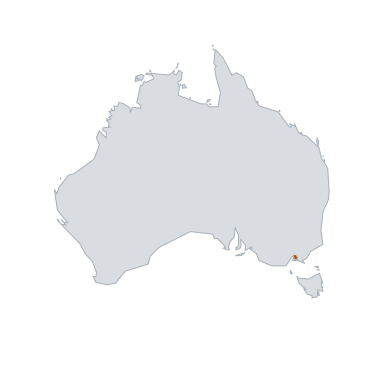 Casey, Victoria, Australia shown in context, rotated 344°
{"feature_id": "25037944B44962811090312", "entity_name": "Casey", "entity_type": "district", "adm_level": 2, "iso_a3": "AUS", "parent_name": "Australia", "parent_adm1": "Victoria", "projection": "natural_earth1", "projection_center": [145.344, -38.095], "detail": "fine", "context": "in_parent", "style": "filled", "palette": "amber", "viewbox_px": 384, "rotation_deg": 344, "n_neighbors": 0, "source": "geoboundaries", "source_scale": "gbopen_adm2", "svg_char_len": 4154}
<svg xmlns="http://www.w3.org/2000/svg" viewBox="0 0 384 384"><g transform="rotate(344 192 192)"><path d="M258.7,71.4L262.7,90.7L267.6,89.7L273.2,95.5L274.2,107.3L277.5,111.4L278.3,122.4L280.7,128.1L296.9,138.7L303.3,156.1L305.1,157.0L305.4,153.9L308.9,157.1L309.5,155.5L310.9,164.4L313.0,167.0L317.6,169.8L326.3,184.7L325.8,194.7L329.0,206.7L324.0,229.1L320.8,237.2L312.8,246.5L305.3,264.7L303.4,278.4L290.0,281.7L283.4,287.6L279.3,288.1L280.4,291.4L274.0,286.5L274.9,285.4L274.5,284.2L273.3,284.1L271.1,286.3L269.6,285.0L272.2,282.9L270.7,281.4L262.0,288.8L248.3,285.1L237.5,276.1L237.0,269.1L231.9,262.7L234.0,262.9L234.0,261.0L226.8,262.9L228.9,258.2L225.9,251.2L223.5,259.1L218.2,259.9L219.0,257.3L221.5,257.3L224.8,246.5L223.7,238.3L220.2,246.9L215.0,250.1L211.6,255.2L212.2,257.8L210.1,257.5L206.6,254.6L208.7,254.6L207.0,249.5L203.6,243.8L200.8,243.1L200.2,238.1L179.4,229.6L145.1,236.1L134.4,241.9L130.0,249.2L106.0,249.7L93.6,258.4L84.7,257.9L74.3,251.9L73.7,245.9L76.2,246.9L78.0,243.3L77.1,231.2L72.3,222.0L69.9,210.5L57.0,186.5L61.6,189.0L58.5,181.7L60.6,186.0L64.0,187.3L57.6,172.3L60.5,151.6L61.6,156.5L65.1,151.1L78.2,141.7L83.0,142.2L107.2,133.2L116.0,121.1L115.1,113.2L119.8,107.6L124.2,116.3L126.2,111.4L123.4,108.0L124.2,105.8L132.2,107.3L129.7,106.4L131.2,103.0L129.7,99.9L134.0,99.5L132.4,97.2L136.0,96.9L134.7,93.6L137.7,89.9L138.0,92.1L140.4,91.9L140.6,87.7L144.1,89.2L146.4,85.8L150.2,88.1L155.5,93.9L154.7,98.6L158.1,94.1L165.4,97.1L166.9,94.6L163.6,91.0L171.9,75.2L173.6,76.2L176.5,72.3L177.5,74.0L186.3,72.7L186.0,68.9L180.1,66.1L181.0,65.1L202.3,73.3L208.5,70.3L207.0,73.4L209.6,75.1L212.7,71.4L215.6,74.5L212.3,81.6L208.6,82.3L208.9,87.3L205.5,95.3L224.9,109.8L230.1,111.3L231.8,114.8L240.5,117.2L246.6,104.6L246.9,86.2L247.9,79.3L250.0,77.7L248.4,74.6L253.6,61.3L258.7,71.4ZM269.6,303.7L279.8,307.7L292.0,305.2L292.7,316.1L291.9,314.1L290.7,316.5L290.3,323.6L286.0,320.7L283.3,327.3L278.0,326.8L279.1,324.9L274.5,321.8L272.7,316.2L274.7,317.2L269.9,309.5L269.6,303.7ZM170.1,65.2L176.2,65.2L178.1,67.2L174.1,71.1L170.1,65.2ZM216.1,265.2L226.5,264.9L222.1,266.7L216.1,265.2ZM214.1,86.3L215.4,90.2L211.5,89.6L212.1,86.8L214.1,86.3ZM325.8,183.0L325.6,178.4L327.1,174.7L327.7,177.4L325.8,183.0ZM289.2,297.3L292.6,298.2L292.7,299.7L289.2,297.3ZM169.5,66.4L171.7,70.2L167.8,70.0L169.5,66.4ZM265.9,298.0L264.0,297.6L265.0,294.9L265.9,298.0ZM234.8,108.2L233.0,109.4L231.1,110.0L232.0,107.8L234.8,108.2ZM56.9,185.4L55.3,183.2L55.0,181.2L55.3,181.1L56.9,185.4ZM291.9,301.2L293.2,302.2L290.7,301.4L291.9,301.2ZM312.2,165.0L313.6,165.0L313.6,166.9L312.2,165.0ZM278.8,122.2L280.5,123.4L280.2,124.1L278.8,122.2ZM285.9,324.6L286.0,326.4L284.8,325.8L285.9,324.6ZM328.0,196.4L328.0,198.9L327.9,198.8L328.0,196.4ZM185.6,65.0L184.6,64.0L185.3,63.4L185.6,65.0ZM214.1,65.2L212.6,67.2L214.3,63.8L214.1,65.2ZM328.2,193.4L327.5,194.2L328.0,193.3L328.2,193.4ZM216.6,101.3L215.8,101.7L216.3,100.7L216.6,101.3ZM211.1,86.2L210.0,86.4L210.6,85.2L211.1,86.2ZM69.6,141.8L69.3,143.4L68.9,143.3L69.6,141.8ZM251.8,60.4L251.8,61.7L251.4,60.8L251.8,60.4ZM273.3,284.8L273.6,285.6L273.2,285.4L273.3,284.8ZM212.2,67.8L210.2,69.1L212.3,67.4L212.2,67.8ZM134.7,91.7L134.0,92.6L134.5,91.6L134.7,91.7ZM286.6,323.3L286.0,323.7L286.3,323.0L286.6,323.3ZM234.0,112.9L232.9,112.8L233.4,112.0L234.0,112.9ZM130.8,98.8L130.3,99.3L130.2,98.1L130.8,98.8ZM291.6,319.6L290.7,320.1L290.9,319.1L291.6,319.6ZM252.5,56.7L252.4,57.6L251.8,57.2L252.5,56.7ZM272.8,285.9L273.7,286.7L272.2,286.5L272.8,285.9ZM298.9,138.6L298.2,138.7L298.5,137.6L298.9,138.6ZM304.8,153.8L304.4,153.8L304.7,153.0L304.8,153.8ZM270.0,302.4L269.8,303.1L269.6,302.2L270.0,302.4Z" fill="#d9dde1" stroke="#a8b0b8" stroke-width="1"/><path d="M273.9,282.0L273.7,282.0L273.5,281.9L273.5,282.0L273.3,281.9L273.2,281.9L272.9,281.7L272.9,281.8L272.9,282.0L273.0,282.2L273.0,282.4L273.0,282.5L272.9,282.9L272.9,283.3L272.8,283.8L272.9,284.0L273.0,284.0L273.3,284.2L273.5,284.2L273.6,283.9L273.7,284.0L273.8,284.0L274.0,284.0L274.2,283.9L273.9,283.8L274.0,283.4L273.9,283.2L274.0,283.2L273.9,283.0L273.9,282.9L273.8,282.7L273.8,282.4L273.9,282.2L273.9,282.0Z" fill="#f59e0b" stroke="#b45309" stroke-width="1.5"/></g></svg>